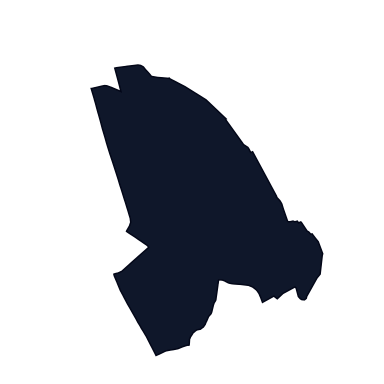 the district of Shu'ub, Amanat Al Asimah, Yemen, rotated 340°
{"feature_id": "15242507B29065009809939", "entity_name": "Shu'ub", "entity_type": "district", "adm_level": 2, "iso_a3": "YEM", "parent_name": "Yemen", "parent_adm1": "Amanat Al Asimah", "projection": "natural_earth1", "projection_center": [44.222, 15.387], "detail": "fine", "context": "isolated", "style": "filled", "palette": "ink", "viewbox_px": 384, "rotation_deg": 340, "n_neighbors": 0, "source": "geoboundaries", "source_scale": "gbopen_adm2", "svg_char_len": 3902}
<svg xmlns="http://www.w3.org/2000/svg" viewBox="0 0 384 384"><g transform="rotate(340 192 192)"><path d="M135.5,334.4L136.0,334.7L137.0,334.8L137.2,334.2L137.8,333.0L139.1,330.0L139.3,329.5L140.6,328.2L140.7,327.9L142.6,326.5L142.9,326.3L143.5,325.8L144.9,324.7L145.3,324.5L145.7,324.4L146.5,324.2L147.0,323.9L149.0,323.3L149.5,323.3L149.9,323.3L151.9,323.6L153.1,323.8L153.8,323.5L154.2,323.4L155.8,322.9L156.4,322.8L158.1,321.6L159.1,320.9L159.5,320.4L159.8,320.1L160.0,319.8L161.2,318.6L161.6,318.3L164.4,315.3L164.6,315.0L165.3,314.5L167.7,313.2L168.1,313.0L168.6,312.5L169.5,311.5L169.9,310.9L170.8,309.5L171.0,309.2L171.6,308.3L172.8,306.5L173.3,305.7L173.8,305.1L174.1,304.7L174.6,304.1L175.0,303.6L175.6,303.2L177.1,302.0L177.5,301.4L177.9,300.8L178.3,299.9L178.9,298.8L181.0,294.9L181.3,294.3L184.1,289.0L184.3,288.6L184.9,287.4L185.4,286.6L186.7,284.0L186.9,283.8L187.4,283.9L188.4,284.2L189.4,284.6L190.1,285.0L190.7,285.3L192.4,286.8L193.1,287.6L193.4,288.0L194.3,288.9L195.0,289.7L195.9,290.4L196.4,290.7L196.7,290.9L198.0,291.7L200.0,292.7L205.4,295.1L205.7,295.2L213.0,298.9L213.5,299.2L214.5,300.2L214.8,300.4L216.3,301.8L216.5,302.0L217.6,303.7L218.4,305.0L218.9,305.8L219.5,307.3L219.8,308.6L220.3,310.5L220.3,311.2L220.4,313.4L220.5,314.2L220.5,315.2L220.5,319.8L233.3,317.8L235.6,321.5L242.8,318.4L256.3,316.4L257.0,318.0L256.9,319.0L256.2,326.6L257.3,329.4L258.4,330.7L260.8,331.8L261.7,331.5L263.0,331.0L263.9,329.6L264.1,329.3L277.3,317.9L280.1,315.5L284.3,313.0L292.6,296.3L293.7,294.7L293.6,281.9L292.0,277.2L290.5,272.4L289.2,272.4L288.0,269.4L286.8,268.1L284.3,257.8L283.9,257.3L281.6,257.5L281.0,255.4L278.4,255.2L277.0,253.9L273.9,253.5L272.2,252.8L271.8,252.0L272.0,239.2L272.2,235.2L272.3,234.2L272.0,232.2L271.6,230.2L269.9,226.2L269.5,225.6L270.0,225.1L262.7,174.9L260.7,175.0L260.1,170.6L259.9,169.8L259.7,169.1L259.2,168.5L256.6,165.0L256.2,163.4L248.4,135.7L248.3,135.4L248.8,134.9L249.0,134.9L236.7,110.2L221.4,90.6L210.0,78.2L209.5,77.1L208.8,77.2L201.9,74.0L198.8,72.6L193.4,69.5L192.7,67.4L192.1,65.8L191.6,64.5L190.1,61.0L189.1,57.9L188.0,56.6L187.0,55.5L184.7,54.2L183.9,54.0L182.5,53.7L179.9,53.1L173.6,51.6L172.8,51.5L166.2,50.0L163.5,49.4L161.8,49.2L160.5,64.4L159.6,73.3L159.3,73.0L151.8,66.0L151.0,65.4L150.7,65.1L148.3,63.1L147.5,62.7L146.2,62.1L143.5,61.7L136.7,60.9L136.1,60.8L133.4,60.5L132.7,60.3L132.5,63.2L132.1,70.3L131.9,72.3L131.7,75.6L131.5,77.8L131.3,79.9L130.8,85.9L130.8,86.6L130.2,94.2L130.0,96.4L129.5,101.8L129.4,103.2L129.4,103.5L129.3,105.1L128.9,111.7L128.5,116.6L128.5,116.9L128.3,120.2L128.2,122.4L127.9,128.6L127.9,130.7L127.8,132.1L127.8,133.1L127.7,137.0L127.6,139.1L127.6,139.9L127.5,142.3L127.3,147.9L127.0,155.2L126.7,159.9L126.6,162.1L126.6,163.2L126.4,167.8L126.0,175.9L125.9,179.2L125.6,184.5L125.5,187.1L125.2,191.8L125.0,195.6L124.9,196.1L124.6,197.2L124.1,199.5L122.7,201.2L121.7,202.5L119.2,204.6L117.4,206.1L117.0,206.6L118.7,209.0L122.5,214.0L124.3,216.5L124.8,217.3L126.6,219.8L127.3,220.7L129.6,224.0L130.4,225.1L131.3,226.3L132.1,227.9L132.4,229.2L131.6,229.5L124.8,232.2L119.4,234.3L116.5,235.5L115.9,235.7L113.4,236.7L110.6,237.8L110.1,238.0L106.7,239.4L101.2,241.6L99.1,242.5L98.3,242.6L97.9,242.6L95.8,242.8L94.7,242.9L93.6,242.7L91.8,242.5L90.5,242.5L90.4,243.4L90.3,244.1L90.6,249.8L90.7,250.9L90.7,251.8L90.9,256.8L91.0,259.0L91.1,259.4L91.0,260.0L91.4,262.1L91.4,262.5L91.9,265.7L92.0,266.8L93.0,274.1L93.1,274.9L94.1,280.4L94.2,281.0L95.0,285.8L95.4,288.1L95.7,290.0L96.0,291.5L96.6,296.0L97.0,297.9L97.1,298.3L97.5,300.3L97.8,302.6L98.6,306.2L99.4,310.6L99.6,311.4L99.9,313.5L100.2,316.2L100.3,316.9L100.9,321.9L101.2,323.9L102.1,331.3L102.3,333.3L105.0,333.1L105.4,333.1L109.4,332.7L112.2,332.4L113.5,332.4L114.0,332.5L115.9,332.8L117.8,333.1L119.2,333.4L120.6,333.7L121.3,333.8L125.2,334.4L129.8,334.2L131.3,334.2L134.2,334.3L135.5,334.4Z" fill="#0f172a" stroke="#020617" stroke-width="1.5"/></g></svg>